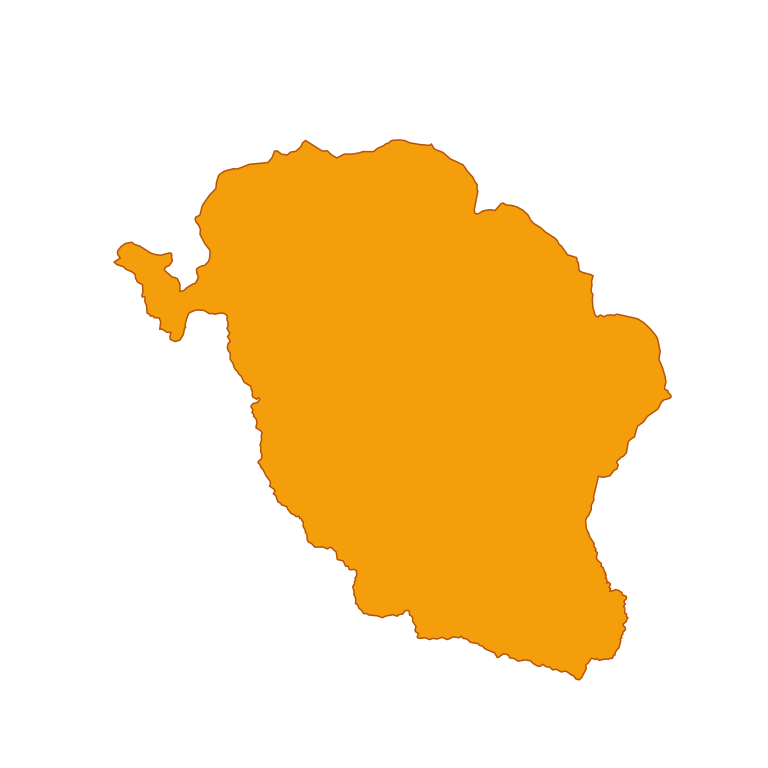 Buesaco, Nariño, Colombia, rotated 193°
{"feature_id": "7082276B67005743436838", "entity_name": "Buesaco", "entity_type": "district", "adm_level": 2, "iso_a3": "COL", "parent_name": "Colombia", "parent_adm1": "Nariño", "projection": "albers", "projection_center": [-77.119, 1.318], "detail": "fine", "context": "isolated", "style": "filled", "palette": "amber", "viewbox_px": 768, "rotation_deg": 193, "n_neighbors": 0, "source": "geoboundaries", "source_scale": "gbopen_adm2", "svg_char_len": 6144}
<svg xmlns="http://www.w3.org/2000/svg" viewBox="0 0 768 768"><g transform="rotate(193 384 384)"><path d="M226.2,148.7L215.6,146.8L212.2,143.0L211.1,143.3L207.1,147.8L204.4,148.2L201.6,147.7L199.9,145.4L195.4,145.8L191.1,144.1L183.6,147.2L181.5,146.9L179.3,147.5L175.7,145.2L171.2,143.8L168.2,144.1L166.2,146.6L162.4,145.0L158.8,145.4L155.3,143.4L151.9,144.8L146.5,143.3L142.1,145.2L135.7,142.5L133.8,142.5L130.8,139.8L127.3,139.6L125.3,142.4L122.9,152.4L124.2,155.5L122.0,158.5L120.2,163.4L115.8,163.2L114.7,164.5L112.3,163.1L105.9,166.1L103.8,166.1L102.3,167.3L99.8,168.0L99.2,171.2L98.0,172.0L98.3,173.7L97.4,177.4L95.8,179.4L95.5,186.9L96.4,188.7L95.2,190.0L96.1,192.1L95.0,194.0L95.5,195.9L94.0,197.9L93.6,199.7L94.3,201.1L96.4,202.4L96.9,204.0L94.5,206.9L94.4,209.8L93.7,211.0L95.6,212.1L95.9,214.4L97.9,215.0L99.2,220.0L100.5,221.3L99.4,223.7L101.4,226.1L99.7,228.9L99.7,230.8L100.7,231.8L104.0,232.0L105.4,234.3L109.1,235.7L112.2,235.8L114.2,234.1L117.4,232.9L117.1,235.6L118.8,236.3L118.3,239.9L120.5,241.4L122.3,240.4L122.3,242.2L123.6,244.8L124.6,244.8L124.6,248.0L125.7,248.5L125.6,250.0L127.4,251.3L129.0,254.2L131.6,255.5L131.8,257.8L137.3,261.1L138.0,263.4L138.1,267.7L140.7,269.3L140.3,270.7L143.2,273.4L143.2,275.6L149.4,281.6L150.5,283.9L154.3,288.6L156.6,295.4L156.7,298.9L155.2,301.6L153.8,308.0L154.7,312.6L153.4,318.4L154.4,321.0L154.3,342.2L149.4,342.4L143.3,345.3L140.4,351.6L138.0,353.6L137.5,357.6L139.7,359.9L139.7,361.1L136.4,366.0L134.5,367.5L132.3,371.7L133.0,382.6L131.2,385.7L128.1,388.7L127.6,399.8L122.6,405.5L120.2,411.5L111.5,421.2L109.7,428.4L107.8,431.4L102.9,434.0L101.4,435.7L101.9,437.4L105.2,439.7L106.0,441.4L108.8,441.8L109.9,443.7L109.7,449.4L111.7,454.3L116.1,462.2L121.7,469.9L122.2,477.8L127.4,489.1L129.7,492.0L136.6,497.4L144.5,502.1L151.7,504.6L171.7,504.5L173.4,504.2L175.4,502.5L178.1,502.5L182.1,501.2L184.7,499.0L188.3,499.9L189.2,499.6L190.6,497.6L192.9,497.9L194.5,499.7L197.9,506.0L200.2,514.0L200.5,518.0L202.7,520.4L203.5,522.8L203.5,526.7L204.9,531.0L204.5,536.3L206.8,537.1L216.1,537.4L219.4,538.4L221.9,545.8L223.4,547.1L224.8,550.5L234.3,551.2L242.4,558.5L244.8,559.4L247.2,562.5L249.7,564.3L260.9,568.4L266.7,571.6L274.2,574.1L277.5,576.3L281.8,581.2L287.2,584.3L294.0,586.4L299.8,586.8L304.5,585.9L308.9,587.1L310.6,585.9L314.8,578.1L319.3,577.8L324.1,576.1L326.6,574.8L330.3,571.2L332.2,570.6L333.7,570.9L335.2,573.5L335.9,592.9L337.4,595.2L338.0,599.2L341.2,601.9L343.7,605.3L350.9,610.3L356.2,615.3L370.2,618.3L378.7,622.9L386.6,624.0L388.8,625.2L391.8,628.4L393.2,626.8L401.7,625.5L413.4,624.8L418.4,625.9L423.8,625.3L430.2,623.4L431.8,622.6L433.4,620.1L436.1,618.5L438.2,616.0L443.3,612.2L446.4,608.1L456.9,605.7L459.7,603.8L467.0,600.8L474.4,599.1L480.8,593.7L486.4,595.3L491.7,598.5L495.2,597.3L497.4,597.4L515.3,603.6L517.6,600.6L518.3,596.6L522.2,591.0L527.4,588.8L529.6,585.4L535.7,584.9L540.2,587.1L543.0,586.5L543.9,579.7L546.9,573.7L564.5,567.8L575.4,560.4L579.1,559.9L587.4,555.5L591.4,551.3L592.1,549.4L592.6,542.7L591.8,536.6L596.3,529.2L600.4,519.1L601.2,516.7L601.4,507.1L604.8,504.4L605.2,502.3L603.3,499.3L600.3,497.0L597.7,493.6L596.9,488.3L590.3,480.6L583.8,475.2L583.2,473.7L582.2,466.6L582.9,463.4L585.5,459.1L587.7,458.4L590.8,456.0L592.5,453.7L591.7,450.7L589.1,446.8L589.2,444.0L590.5,439.8L592.9,438.3L598.1,433.1L600.1,429.9L603.8,428.4L605.2,435.2L609.0,440.1L612.0,440.7L614.4,440.5L623.1,445.3L623.8,446.3L623.0,448.9L620.0,450.9L617.9,456.1L618.1,457.4L619.6,459.4L619.6,461.4L620.6,463.4L622.5,463.5L630.8,459.1L637.0,458.7L641.1,459.2L653.2,463.5L658.5,463.9L661.7,465.4L667.7,462.7L671.0,459.0L673.1,454.7L673.4,452.4L672.2,449.8L669.3,447.5L674.4,442.1L671.3,440.3L664.1,439.6L661.7,437.9L654.4,436.4L651.2,434.9L649.9,431.2L647.0,427.8L641.7,426.5L639.7,419.9L639.8,415.4L638.7,414.4L637.1,415.3L636.3,414.8L635.6,410.6L633.0,406.9L630.8,399.8L628.8,399.4L626.9,397.7L624.1,398.3L622.8,396.9L618.0,397.8L615.6,394.5L614.8,386.9L612.6,387.5L607.2,385.6L603.2,386.2L603.2,381.7L602.5,379.7L601.6,379.2L597.1,378.4L593.4,380.4L592.4,381.7L590.7,387.0L590.8,393.4L590.0,394.6L590.8,395.4L591.2,400.9L590.5,407.5L589.6,409.6L585.8,412.5L583.1,414.1L575.8,415.2L569.9,413.2L566.6,414.2L564.6,413.9L559.5,416.3L556.5,416.8L554.0,416.3L552.2,415.2L551.3,410.9L549.5,408.7L549.6,406.8L548.8,405.5L549.6,403.0L546.0,399.1L546.1,397.1L547.2,395.0L543.7,391.5L543.7,390.0L544.8,389.0L545.0,384.7L543.4,381.5L541.0,379.7L539.4,373.4L535.3,369.6L534.7,367.8L532.0,364.4L530.1,363.7L527.9,361.2L524.9,359.5L520.7,354.2L513.3,351.8L512.1,348.8L510.3,346.6L510.0,343.4L508.8,341.7L504.6,340.5L503.3,342.3L501.9,341.7L501.9,340.0L503.3,337.4L507.3,335.5L508.7,332.3L505.7,328.9L506.3,326.5L504.3,325.3L503.7,323.1L500.9,321.4L499.1,318.1L499.0,312.6L493.5,310.6L491.9,309.2L492.0,305.9L490.7,301.9L491.0,296.4L489.8,294.9L488.8,289.9L487.1,287.8L486.7,284.3L487.0,282.9L489.0,280.5L489.1,279.0L486.6,277.5L485.1,274.9L482.4,273.2L478.2,267.9L473.1,263.7L472.1,260.6L472.6,258.8L466.9,256.4L466.3,254.9L467.1,252.1L464.5,251.1L460.9,245.3L457.8,244.5L456.6,243.1L451.2,242.7L449.6,240.3L445.1,236.8L442.2,236.5L439.8,235.0L436.8,235.9L435.9,234.0L434.2,234.0L433.4,232.5L431.6,231.3L430.8,227.1L427.9,224.0L427.2,221.7L424.9,219.6L424.0,215.3L422.0,212.9L418.9,212.3L414.7,209.6L406.4,211.4L402.0,210.6L399.8,212.8L398.6,212.8L392.7,209.4L390.1,202.5L383.9,202.4L380.5,197.9L377.8,198.3L376.4,195.8L375.4,195.3L371.1,196.7L368.8,195.7L367.5,191.2L368.6,188.4L367.6,187.0L368.3,184.7L367.8,182.9L368.9,179.5L366.3,174.6L366.1,172.2L364.0,169.8L362.6,166.3L362.4,163.6L360.0,162.9L358.2,160.0L355.1,158.5L352.1,155.7L349.2,156.4L346.8,155.5L338.4,156.6L332.9,156.0L329.6,158.5L323.3,161.2L319.0,160.7L317.0,163.0L314.0,164.1L312.3,168.0L309.6,168.8L308.2,168.0L307.2,164.7L305.0,164.1L303.6,162.9L302.7,159.2L298.2,154.9L298.4,150.9L297.4,149.7L294.3,148.6L294.8,145.0L293.9,144.2L291.3,144.3L286.7,146.1L282.2,145.2L278.9,147.2L275.0,147.4L270.2,150.3L265.2,149.2L262.8,150.5L260.0,153.2L253.7,153.6L252.1,155.8L249.6,153.9L245.7,154.2L242.0,151.8L233.8,152.1L232.1,150.8L229.1,150.9L226.2,148.7Z" fill="#f59e0b" stroke="#b45309" stroke-width="1.5"/></g></svg>